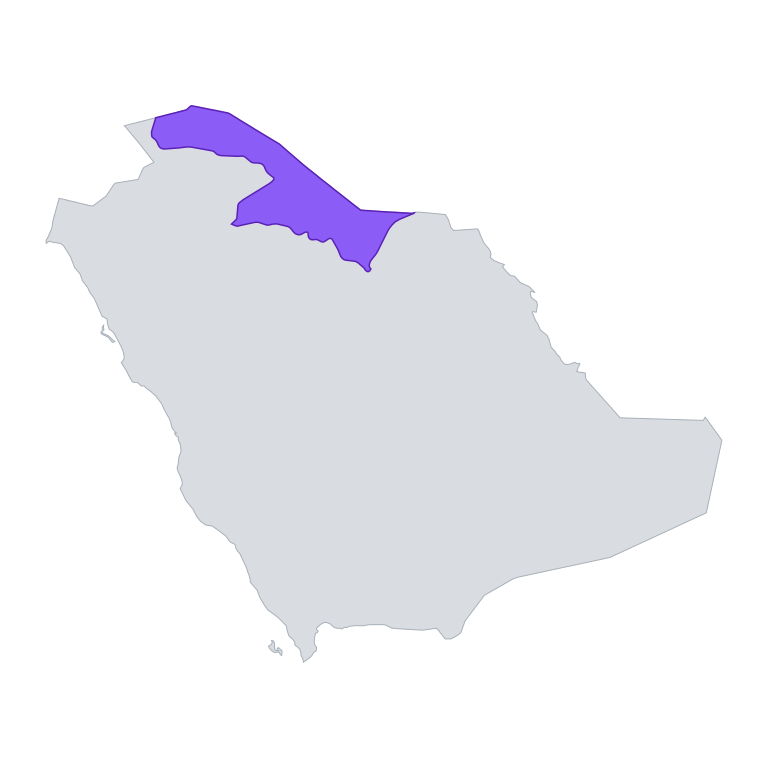 Al Hudud ash Shamaliyah on a map of Saudi Arabia (orthographic projection)
{"feature_id": "SAU-861", "entity_name": "Al Hudud ash Shamaliyah", "entity_type": "Region", "adm_level": 1, "iso_a3": "SAU", "parent_name": "Saudi Arabia", "parent_adm1": "", "projection": "orthographic", "projection_center": [42.216, 29.79], "detail": "fine", "context": "in_parent", "style": "filled", "palette": "violet", "viewbox_px": 768, "rotation_deg": 0, "n_neighbors": 0, "source": "natural_earth", "source_scale": "10m", "svg_char_len": 6862}
<svg xmlns="http://www.w3.org/2000/svg" viewBox="0 0 768 768"><path d="M610.0,557.4L517.9,577.2L513.0,578.9L484.3,595.3L465.1,620.9L460.8,632.8L458.4,634.6L454.5,637.1L450.9,638.9L445.2,638.9L438.3,630.2L436.5,628.4L435.0,628.4L422.4,630.2L396.1,628.6L391.8,628.1L385.9,625.2L384.5,624.7L382.9,624.6L369.3,624.7L362.6,625.8L356.1,625.6L349.3,626.3L347.0,627.5L344.3,627.4L342.7,628.5L341.3,629.0L339.5,628.1L337.4,628.3L334.3,627.6L332.3,625.7L330.4,624.0L328.4,623.1L326.2,622.5L324.3,622.5L321.9,623.6L320.4,624.6L316.6,628.0L316.5,629.3L318.2,631.3L317.7,632.2L315.5,633.4L314.8,636.6L314.5,638.4L314.2,642.5L315.2,645.8L316.5,647.0L316.6,648.4L315.9,651.3L313.8,652.2L312.3,654.9L311.4,656.1L309.8,657.6L303.4,662.3L303.1,659.6L301.1,655.5L300.9,652.6L300.0,649.7L298.2,647.5L295.0,645.2L294.7,642.0L292.4,638.9L289.2,636.4L287.5,631.8L286.2,625.6L278.0,617.4L267.8,609.9L264.7,605.6L259.6,596.9L257.1,590.1L250.3,582.2L250.1,579.1L249.1,575.4L247.5,571.3L246.6,568.0L239.9,553.7L237.7,551.4L235.9,548.2L235.4,545.7L234.8,544.4L230.1,541.9L225.7,535.9L212.4,526.1L205.8,525.0L200.7,521.5L197.0,517.0L193.0,509.2L186.0,500.7L180.2,488.7L182.2,484.5L182.1,481.4L180.4,476.3L178.4,472.3L177.1,468.5L178.3,463.2L178.9,457.2L180.1,454.1L181.1,450.6L180.1,443.6L178.2,439.8L178.5,437.3L176.2,436.0L174.5,433.2L176.4,433.2L173.0,429.4L171.8,427.2L170.6,422.0L169.0,418.1L163.9,409.0L161.5,403.5L156.0,396.2L150.0,390.8L146.2,388.3L144.4,386.1L141.2,385.9L137.8,382.7L135.4,382.5L132.3,381.9L128.9,375.8L126.1,370.2L121.3,362.7L122.7,360.9L124.3,357.9L123.7,353.8L123.0,351.1L120.9,346.0L114.1,333.3L112.3,331.4L109.2,329.1L107.5,323.7L106.9,318.8L102.0,316.2L94.3,298.4L89.6,292.1L87.9,287.9L82.5,280.9L80.1,274.1L74.7,267.6L70.4,256.6L63.4,245.5L60.3,243.4L52.6,242.2L49.3,241.2L46.2,243.3L46.1,240.3L48.4,236.4L51.9,227.9L53.0,220.4L59.1,198.3L91.5,206.0L93.2,205.7L106.3,195.9L113.9,184.3L115.5,183.1L137.6,179.5L138.3,179.0L143.1,168.4L143.6,167.8L144.3,167.2L153.9,162.2L139.4,143.6L124.4,125.7L185.5,110.1L186.6,109.7L191.2,105.7L217.6,110.9L227.9,113.0L231.1,114.7L279.2,144.0L303.2,164.7L360.3,209.9L361.1,210.2L412.1,213.3L417.4,212.0L431.5,213.2L445.5,214.6L448.5,219.9L449.7,223.6L450.7,227.2L453.6,230.5L465.4,229.7L477.6,228.9L479.5,232.2L480.4,235.4L484.1,243.2L489.0,249.0L490.2,251.2L491.1,254.6L490.4,255.9L490.2,257.3L493.8,260.5L499.6,263.0L501.8,263.6L504.4,264.7L502.5,266.8L506.1,271.1L510.3,275.5L514.5,276.2L520.5,282.8L529.2,286.7L534.7,292.3L534.3,292.4L532.7,291.9L530.8,291.2L530.3,292.0L530.5,294.5L531.2,297.3L534.0,299.7L536.4,301.3L537.5,304.7L536.2,312.2L535.5,312.2L534.2,311.7L532.9,311.6L532.2,312.1L534.1,317.3L535.9,321.2L538.0,324.3L539.8,328.9L541.3,330.8L547.1,335.4L549.1,339.5L551.1,347.1L554.9,351.2L556.9,354.4L559.6,357.0L561.5,360.8L564.0,363.6L565.3,364.3L567.1,364.4L569.4,364.3L572.0,363.3L574.8,362.3L577.2,363.7L579.5,363.3L579.8,364.6L578.4,366.7L576.8,371.6L579.6,372.2L582.2,372.4L584.1,373.0L585.2,372.9L585.3,373.9L585.7,378.5L586.5,380.1L620.1,417.8L702.8,420.4L703.3,420.3L705.2,417.2L721.9,440.2L706.3,512.8L610.0,557.4ZM275.8,650.5L278.4,650.7L277.3,649.6L277.1,649.0L278.2,647.5L282.0,650.7L281.9,654.6L281.6,655.5L280.5,654.7L279.9,653.9L279.7,653.0L278.6,652.0L275.0,652.6L272.7,651.6L269.4,648.3L268.6,645.9L269.9,645.5L271.4,644.3L272.3,642.5L271.5,640.5L273.4,640.9L274.4,642.8L274.6,647.4L274.9,648.3L274.4,649.3L275.8,650.5ZM113.1,342.4L112.3,342.3L110.2,339.8L108.9,338.0L107.6,336.8L101.6,334.1L100.8,332.5L101.8,331.0L102.4,332.6L103.5,333.5L108.5,335.9L113.9,340.9L114.9,341.3L113.1,342.4ZM103.9,330.2L103.5,330.7L102.2,329.4L102.4,326.7L103.7,325.2L103.5,327.3L103.9,329.5L103.9,330.2Z" fill="#d9dde1" stroke="#a8b0b8" stroke-width="1"/><path d="M191.5,105.8L197.5,106.9L203.4,108.1L209.3,109.3L215.2,110.4L217.6,110.9L227.9,113.0L229.5,113.7L231.2,114.7L234.2,116.6L236.9,118.2L239.5,119.9L242.1,121.5L244.8,123.1L247.4,124.7L250.0,126.3L252.7,127.9L255.3,129.6L258.0,131.2L260.6,132.8L263.3,134.4L265.9,136.0L268.6,137.6L271.2,139.2L273.9,140.8L276.6,142.4L279.3,144.0L281.3,145.7L283.9,148.0L286.4,150.2L289.0,152.5L291.6,154.7L294.5,157.2L297.4,159.7L300.3,162.2L300.9,162.7L303.2,164.7L306.5,167.4L309.2,169.6L311.9,171.7L314.7,173.9L317.4,176.1L320.9,179.0L324.5,181.8L328.1,184.6L331.6,187.4L333.1,188.6L335.2,190.3L338.8,193.1L342.4,195.9L345.9,198.7L348.9,201.0L351.9,203.4L354.9,205.7L357.9,208.0L360.3,209.9L360.5,210.0L360.9,210.1L361.1,210.2L364.0,210.4L366.5,210.6L368.9,210.7L371.4,210.9L373.9,211.1L377.1,211.3L380.2,211.5L383.4,211.7L386.6,211.9L389.8,212.1L393.0,212.3L396.2,212.4L399.4,212.6L401.7,212.8L404.1,212.9L406.5,213.0L408.8,213.2L412.1,213.4L413.4,213.0L414.2,212.8L413.9,213.3L399.4,219.4L395.1,221.9L392.1,224.9L389.8,227.7L388.0,230.5L377.5,251.6L376.1,253.9L370.9,260.5L370.3,261.6L369.5,263.7L369.3,264.7L369.3,265.3L369.3,265.9L369.4,266.6L369.7,267.4L370.5,268.5L370.9,269.0L369.7,270.9L369.0,271.3L368.2,271.7L367.5,271.6L366.8,271.3L366.2,270.9L365.7,270.3L365.5,270.1L364.9,269.6L364.5,268.5L363.6,267.6L358.3,263.0L357.6,262.5L356.2,261.8L355.1,261.3L345.4,260.1L344.5,259.8L343.4,259.3L342.6,258.6L341.8,257.9L340.7,256.4L337.9,249.5L332.5,239.9L332.0,239.2L331.2,238.7L330.4,238.4L329.3,238.5L328.5,238.9L324.9,241.3L323.6,241.9L322.9,242.0L322.1,241.9L320.9,241.5L317.5,239.8L316.7,239.6L315.6,239.5L312.5,239.8L311.7,239.7L310.8,239.5L309.7,238.8L309.0,238.0L308.5,236.9L308.3,236.2L308.2,235.7L308.0,233.1L308.0,232.8L307.7,232.4L307.0,232.1L305.9,232.1L305.0,232.3L304.2,232.7L301.7,234.1L300.8,234.5L299.8,234.7L298.8,234.8L297.7,234.6L296.1,234.0L295.0,233.4L294.1,232.6L290.3,228.0L289.6,227.4L288.9,227.0L287.5,226.4L276.9,223.9L276.1,223.9L272.7,224.1L268.9,225.0L268.1,225.1L267.3,225.1L266.2,224.9L258.7,222.4L257.6,222.3L256.4,222.2L254.1,222.5L237.6,226.1L236.8,226.1L235.0,225.6L231.5,224.1L235.9,219.8L236.5,219.0L236.7,218.4L236.9,217.8L236.9,217.6L237.9,205.8L238.0,205.0L238.3,204.3L238.7,203.5L239.3,202.8L240.1,202.1L243.5,199.5L269.3,183.6L271.9,181.6L273.3,180.2L273.8,179.4L274.0,178.7L273.8,178.0L273.2,177.4L268.6,173.8L267.1,172.3L266.6,171.5L265.7,170.0L264.3,166.7L264.0,166.1L263.2,165.2L262.6,164.5L261.5,163.8L260.5,163.5L256.9,162.9L254.5,162.9L252.8,162.7L251.8,162.3L250.9,161.9L244.9,156.9L243.9,156.4L242.7,156.1L239.7,156.1L237.9,156.3L221.2,155.6L218.4,155.0L217.3,154.5L216.6,154.1L214.4,152.0L213.7,151.5L212.9,151.1L211.9,150.8L191.4,147.1L187.4,146.9L178.0,148.0L164.4,149.0L162.9,148.8L161.6,148.5L160.9,148.1L160.2,147.7L159.6,147.1L159.1,146.4L158.1,144.6L157.6,143.3L156.8,141.8L155.9,140.3L155.0,139.4L152.5,137.4L152.0,136.7L151.8,136.1L151.7,135.7L151.6,134.5L151.5,132.3L151.7,131.1L155.8,117.7L161.6,116.3L168.4,114.5L175.3,112.8L182.1,111.0L185.6,110.1L186.6,109.7L190.3,106.4L190.9,106.0L191.2,105.9L191.3,105.9L191.5,105.8L191.5,105.8Z" fill="#8b5cf6" stroke="#5b21b6" stroke-width="1.5"/></svg>